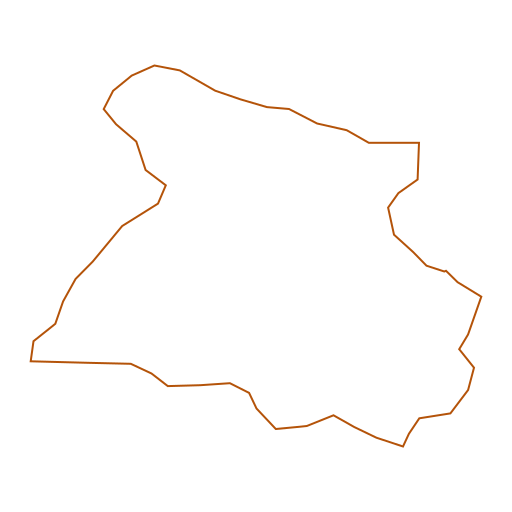 the district of Karlskoga, Orebro, Sweden
{"feature_id": "70781695B86171963253303", "entity_name": "Karlskoga", "entity_type": "district", "adm_level": 2, "iso_a3": "SWE", "parent_name": "Sweden", "parent_adm1": "Orebro", "projection": "natural_earth1", "projection_center": [14.6, 59.407], "detail": "fine", "context": "isolated", "style": "outline", "palette": "amber", "viewbox_px": 512, "rotation_deg": 0, "n_neighbors": 0, "source": "geoboundaries", "source_scale": "gbopen_adm2", "svg_char_len": 844}
<svg xmlns="http://www.w3.org/2000/svg" viewBox="0 0 512 512"><path d="M49.6,328.4L33.5,341.2L30.7,361.3L87.9,362.8L130.8,363.8L151.5,373.5L167.8,386.1L200.3,385.2L229.9,383.2L249.1,392.9L256.5,408.5L275.8,429.0L299.2,426.8L306.8,426.0L333.5,415.3L354.2,427.0L376.4,437.7L403.0,446.5L408.9,433.8L419.3,418.3L450.4,413.4L468.1,390.0L474.0,367.7L459.2,349.2L468.0,334.6L468.7,332.7L481.3,296.7L457.6,282.2L446.0,270.8L444.3,271.5L426.5,265.7L413.2,252.1L394.0,234.7L388.1,207.6L398.4,193.1L417.6,179.5L419.0,142.8L417.9,142.8L368.8,142.8L346.7,130.2L317.1,123.5L289.0,109.0L266.9,107.1L240.3,99.3L215.2,90.7L179.8,70.4L154.4,65.5L131.7,75.6L113.1,90.8L103.7,109.1L116.1,124.3L136.3,141.6L145.6,170.0L165.8,185.3L158.0,203.6L122.2,226.0L92.7,261.6L75.6,278.9L63.1,301.4L55.3,323.8L49.6,328.4Z" fill="none" stroke="#b45309" stroke-width="2"/></svg>